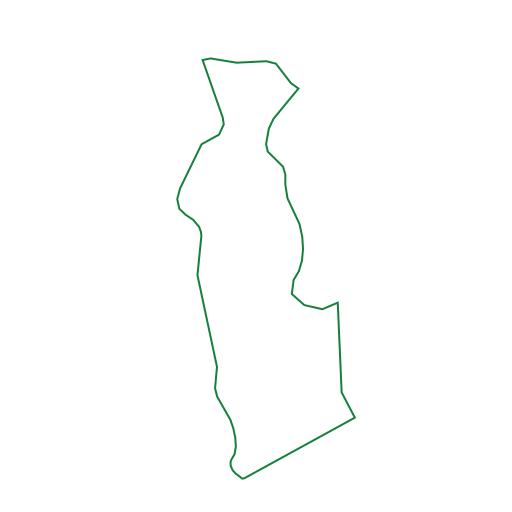 the border of Prato, rotated 158°
{"feature_id": "ITA-5385", "entity_name": "Prato", "entity_type": "Province", "adm_level": 1, "iso_a3": "ITA", "parent_name": "Italy", "parent_adm1": "", "projection": "orthographic", "projection_center": [11.096, 43.932], "detail": "fine", "context": "isolated", "style": "outline", "palette": "green", "viewbox_px": 512, "rotation_deg": 158, "n_neighbors": 0, "source": "natural_earth", "source_scale": "10m", "svg_char_len": 825}
<svg xmlns="http://www.w3.org/2000/svg" viewBox="0 0 512 512"><g transform="rotate(158 256 256)"><path d="M352.1,54.7L356.4,62.0L357.9,66.1L358.1,70.7L356.8,74.5L354.8,76.7L350.1,80.3L346.0,87.0L343.2,95.6L341.6,104.9L341.1,113.7L344.7,140.2L343.5,148.7L333.7,167.8L317.5,260.1L299.0,295.3L298.0,299.2L297.8,304.3L300.7,313.1L305.8,320.6L309.4,328.5L307.7,338.3L301.1,347.1L264.6,380.0L244.8,382.4L236.6,390.1L235.0,396.6L232.1,457.7L224.1,456.2L201.6,442.5L173.4,432.7L165.5,426.9L158.8,403.0L153.9,395.4L188.3,376.7L196.3,369.4L204.7,356.0L206.0,348.4L197.5,328.7L198.3,320.4L202.0,311.4L205.2,297.7L203.7,269.5L205.9,256.5L209.8,244.8L215.1,234.5L221.9,225.9L230.1,219.7L237.0,207.3L229.6,192.4L214.4,181.8L197.7,182.1L227.7,97.4L224.9,69.1L350.0,54.3L352.1,54.7Z" fill="none" stroke="#15803d" stroke-width="2"/></g></svg>